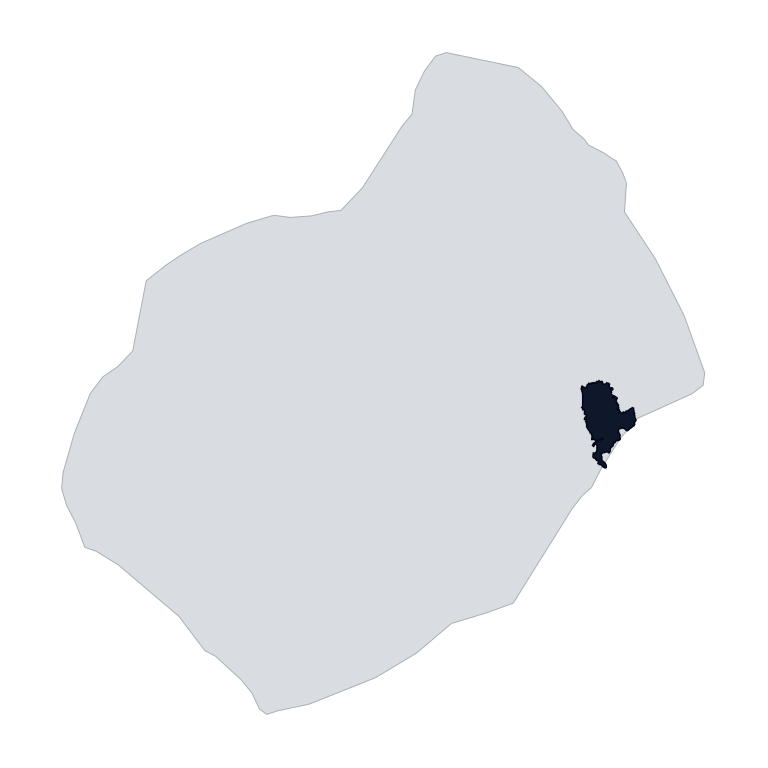 Lilala, Maseru, Lesotho shown in context, rotated 181°
{"feature_id": "5366337B93833812873267", "entity_name": "Lilala", "entity_type": "district", "adm_level": 2, "iso_a3": "LSO", "parent_name": "Lesotho", "parent_adm1": "Maseru", "projection": "robinson", "projection_center": [27.404, -29.498], "detail": "fine", "context": "in_parent", "style": "filled", "palette": "ink", "viewbox_px": 768, "rotation_deg": 181, "n_neighbors": 0, "source": "geoboundaries", "source_scale": "gbopen_adm2", "svg_char_len": 7049}
<svg xmlns="http://www.w3.org/2000/svg" viewBox="0 0 768 768"><g transform="rotate(181 384 384)"><path d="M524.5,542.1L499.8,550.0L496.4,550.7L480.6,548.9L459.5,550.8L443.0,555.1L430.1,556.8L409.1,579.6L370.9,641.4L360.7,654.3L357.8,678.6L348.9,697.8L338.1,712.8L327.6,716.4L295.8,710.4L255.2,702.7L231.6,684.1L210.6,659.6L199.5,641.8L187.9,632.1L184.0,626.6L167.4,618.4L161.2,614.1L155.7,611.1L149.0,599.2L145.1,589.0L146.6,560.3L135.0,543.3L115.0,514.1L102.3,490.2L85.1,457.6L74.5,429.7L63.5,400.8L64.9,388.4L75.4,379.9L106.1,365.3L129.9,354.1L147.0,333.4L165.7,302.7L174.7,284.2L183.8,275.8L193.7,262.7L211.0,233.8L230.3,201.7L250.9,167.2L276.9,157.2L312.5,145.7L346.7,115.6L387.4,90.2L453.2,62.6L483.8,55.6L495.5,51.6L502.8,56.8L510.6,72.6L521.7,85.8L547.6,108.8L558.5,114.3L585.2,148.3L613.7,171.6L646.5,198.5L668.9,211.8L680.3,215.5L689.7,239.4L699.2,257.0L704.5,273.6L703.4,289.7L692.8,329.1L677.5,369.4L665.3,386.2L650.4,396.8L635.8,412.7L630.2,445.0L623.5,483.1L604.5,498.7L589.8,509.0L569.4,521.6L524.5,542.1Z" fill="#d9dde1" stroke="#a8b0b8" stroke-width="1"/><path d="M169.3,390.8L169.6,390.4L169.7,389.8L169.8,389.6L171.0,390.0L171.1,390.3L171.7,390.1L171.8,389.5L172.1,389.1L172.1,388.7L172.7,388.6L172.9,388.4L173.0,388.7L173.3,388.9L173.5,388.8L173.5,388.5L174.2,388.4L174.3,388.6L174.4,388.8L174.7,389.0L175.1,388.7L175.7,388.8L176.0,388.6L176.4,388.7L176.8,388.5L177.0,388.3L177.2,388.1L177.4,388.1L177.4,387.9L177.9,388.1L178.5,387.6L179.0,388.1L179.4,388.3L179.6,388.0L179.5,387.3L179.8,387.1L179.9,386.8L180.4,386.7L180.7,386.7L181.0,386.3L180.7,385.9L180.9,385.3L181.1,385.1L181.1,384.8L181.6,384.7L181.8,384.4L181.8,383.9L182.0,383.7L182.5,383.7L183.2,383.5L183.5,383.6L183.5,383.9L183.6,384.1L183.9,384.1L184.1,384.2L184.3,384.0L184.6,384.5L185.0,384.5L185.1,384.8L185.4,384.8L185.7,385.3L186.1,385.3L186.5,383.5L186.8,382.7L185.3,378.2L185.1,374.5L185.0,366.4L185.1,365.4L185.5,364.4L185.9,363.9L185.6,363.7L185.0,362.9L184.8,361.7L183.8,361.7L183.4,361.8L183.1,361.5L182.9,360.9L183.1,360.4L183.0,359.1L183.0,358.6L182.8,358.2L183.1,358.1L183.1,357.8L182.6,357.8L182.3,357.6L182.3,357.4L182.5,357.1L182.4,357.0L182.0,356.8L181.8,356.9L181.5,356.8L181.0,355.7L181.2,354.8L181.4,354.8L181.8,354.6L181.9,354.3L182.4,354.1L182.4,353.8L182.8,353.4L182.8,353.2L183.0,352.6L183.0,352.0L182.6,351.9L181.9,352.0L181.1,352.5L180.9,352.1L181.1,351.9L181.2,351.6L181.2,351.2L181.5,350.6L181.5,350.0L181.7,349.7L181.4,349.5L180.9,349.3L180.9,347.9L180.7,347.6L180.7,346.9L180.6,346.5L180.7,345.1L180.6,344.6L180.0,343.6L179.6,342.9L179.2,342.4L178.7,341.5L177.9,340.7L177.2,339.7L177.2,339.0L177.0,338.6L176.0,338.2L175.7,337.5L175.7,337.2L175.5,336.4L175.1,335.8L175.1,335.3L174.7,334.8L174.8,334.4L175.2,333.9L175.3,333.6L175.3,332.0L175.1,331.9L174.9,332.2L174.8,332.8L174.7,333.2L174.6,333.5L173.8,332.3L173.6,332.2L173.3,332.4L173.2,332.8L172.7,332.2L172.3,331.8L171.8,331.5L171.6,331.2L171.4,331.1L170.7,331.0L170.4,331.4L169.9,331.3L169.7,331.0L169.3,331.0L169.1,331.2L168.7,331.2L168.6,331.5L168.0,331.5L167.7,331.8L167.2,331.9L166.6,332.3L165.7,333.2L165.0,333.2L164.5,333.4L164.3,333.7L164.2,333.5L164.2,332.6L164.6,332.6L165.1,332.3L165.5,332.4L165.8,332.2L166.1,332.2L166.7,331.9L167.0,331.6L167.3,331.6L167.3,331.2L167.8,331.4L167.8,331.2L168.1,331.2L168.6,330.9L169.0,330.9L169.9,330.2L170.1,329.9L171.3,329.9L171.6,329.7L172.3,329.0L173.0,328.7L173.1,328.4L173.8,327.7L174.0,326.9L174.4,326.2L174.2,326.0L173.9,326.1L173.6,326.0L173.6,325.4L173.3,325.2L173.0,325.5L173.0,326.0L172.8,326.4L172.8,327.0L172.6,327.2L172.3,327.2L171.9,327.4L171.4,327.5L170.9,327.3L170.4,326.7L170.2,326.2L169.6,326.1L169.6,325.7L169.8,325.1L169.9,324.5L170.1,324.2L170.0,322.8L169.8,322.6L169.9,322.4L169.7,322.1L170.5,320.0L170.7,319.6L170.8,319.4L171.1,319.3L171.5,318.7L172.4,318.5L173.5,318.7L173.7,316.9L173.6,316.3L173.8,315.9L173.8,315.1L173.7,314.6L173.7,314.4L173.4,314.1L173.2,313.8L172.7,313.8L172.0,313.3L171.8,313.3L171.5,313.4L170.7,313.2L170.6,312.9L170.9,312.5L170.9,312.3L170.4,311.8L170.1,311.3L169.8,311.3L169.3,311.7L169.1,311.7L168.8,311.5L168.3,311.0L168.3,310.6L168.5,310.1L168.4,309.4L168.7,308.4L168.6,308.2L167.5,307.5L167.3,307.2L166.7,307.3L165.7,307.0L164.9,306.4L163.7,305.1L163.1,304.7L161.8,304.0L161.3,303.9L160.7,304.0L160.4,304.4L160.3,305.1L160.4,306.4L160.7,307.3L161.7,308.9L162.9,310.0L164.1,310.8L164.4,311.1L164.7,311.6L164.8,311.9L164.9,313.7L164.8,314.7L165.4,315.9L165.6,316.7L165.6,316.9L165.2,317.8L164.5,318.7L164.0,319.1L162.1,319.3L161.2,319.8L160.7,320.0L159.6,320.1L159.1,319.9L158.2,319.1L157.9,319.0L157.7,319.1L156.8,320.4L156.6,320.8L156.6,321.2L156.8,322.3L156.7,323.0L155.9,324.4L154.0,326.1L153.8,326.6L153.7,327.0L153.6,328.3L153.4,328.8L153.1,329.0L152.4,329.2L152.0,329.5L151.4,330.7L150.7,331.3L150.4,331.4L149.9,331.4L148.5,331.7L147.7,332.1L147.0,332.6L146.8,333.0L146.9,334.0L147.3,335.2L147.0,337.1L147.1,337.3L147.6,337.9L147.9,338.7L148.5,339.7L148.8,341.0L148.8,342.0L148.6,342.7L148.2,343.2L147.9,343.4L147.1,343.4L145.8,344.0L144.8,344.1L143.1,343.7L142.4,343.3L142.1,343.1L141.5,342.3L140.6,341.6L139.4,341.7L139.2,341.8L138.2,343.0L135.9,344.7L134.9,345.6L133.5,346.5L133.1,347.0L132.6,348.0L132.9,349.5L132.8,349.9L132.4,350.7L131.6,351.6L131.5,352.0L131.7,353.3L131.9,353.7L132.6,354.7L132.7,355.4L132.6,356.2L132.7,356.7L132.8,357.0L133.1,357.4L133.2,358.1L133.2,358.6L132.9,358.8L132.8,359.0L133.0,359.3L133.6,359.7L133.6,359.9L133.5,361.1L133.9,362.5L133.9,363.0L134.1,363.4L134.0,364.0L134.4,364.0L134.7,364.2L135.0,364.7L135.3,364.7L135.6,364.4L137.5,363.2L137.8,363.1L138.4,362.5L140.3,361.2L140.9,361.1L141.3,361.2L141.6,361.1L141.7,360.3L141.8,360.1L142.9,359.9L143.2,359.6L143.3,359.1L143.5,359.1L143.8,359.3L144.0,359.9L144.3,360.2L144.6,360.0L144.8,359.3L145.5,359.1L146.0,359.2L146.5,359.3L147.2,360.2L147.7,360.1L148.1,361.7L148.3,362.3L148.6,362.4L149.0,361.9L149.7,361.9L149.9,361.8L150.3,362.5L150.5,363.2L150.5,363.4L149.6,363.4L149.0,363.8L148.8,364.2L148.9,364.6L149.1,364.9L149.5,365.2L149.5,365.5L149.8,366.0L149.1,366.6L149.2,367.0L149.5,367.5L150.1,367.9L150.2,368.8L150.9,369.1L151.0,369.8L151.6,370.7L151.5,371.6L151.6,372.0L151.1,372.5L151.2,372.9L151.2,373.0L150.9,373.5L150.6,373.8L150.7,374.3L150.9,374.5L151.7,374.8L152.3,375.2L153.7,376.2L154.0,376.1L154.0,375.4L154.4,374.7L154.1,374.6L154.0,374.3L154.1,374.2L154.4,374.2L154.9,374.4L155.3,374.5L155.0,376.3L155.1,376.8L155.4,377.0L156.3,377.0L156.6,377.2L156.8,377.6L156.6,378.6L156.3,379.3L156.6,380.7L157.0,381.5L156.6,381.7L155.3,382.1L155.2,382.6L155.0,382.9L155.6,384.0L155.9,384.2L156.5,384.2L156.9,384.0L157.9,383.2L158.0,383.2L158.2,383.7L158.4,385.0L159.0,386.2L159.0,386.4L158.7,386.8L158.5,387.4L158.6,388.1L158.8,388.2L159.5,387.7L159.6,387.9L159.9,388.8L160.1,388.9L161.0,388.6L161.4,389.0L161.7,388.4L162.4,387.9L163.4,387.8L163.7,387.3L164.2,387.1L164.5,387.6L165.1,388.1L165.2,388.6L165.8,390.2L166.1,390.3L166.6,390.4L166.9,390.2L167.0,389.9L167.3,389.9L167.9,390.1L168.5,390.7L169.2,390.5L169.3,390.8Z" fill="#0f172a" stroke="#020617" stroke-width="1.5"/></g></svg>